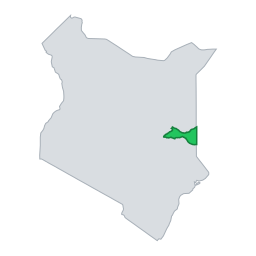 Dadaab, North-Eastern, Kenya (highlighted)
{"feature_id": "3690345B19935861804031", "entity_name": "Dadaab", "entity_type": "district", "adm_level": 2, "iso_a3": "KEN", "parent_name": "Kenya", "parent_adm1": "North-Eastern", "projection": "albers", "projection_center": [40.106, 0.062], "detail": "fine", "context": "in_parent", "style": "filled", "palette": "green", "viewbox_px": 256, "rotation_deg": 0, "n_neighbors": 0, "source": "geoboundaries", "source_scale": "gbopen_adm2", "svg_char_len": 6075}
<svg xmlns="http://www.w3.org/2000/svg" viewBox="0 0 256 256"><path d="M39.8,159.0L39.7,155.2L40.3,145.6L40.3,137.2L40.8,133.0L42.9,130.3L43.9,128.4L44.6,125.7L45.7,123.4L48.2,121.7L48.6,120.7L51.2,117.7L52.8,113.8L54.0,112.5L55.5,111.3L56.5,110.7L58.3,110.0L59.6,109.7L59.8,109.4L60.0,108.7L59.5,106.3L60.1,105.6L61.0,104.0L62.1,102.5L63.0,101.5L63.6,100.6L63.8,98.9L63.9,97.7L63.9,95.7L63.6,91.3L62.5,87.6L61.8,83.4L62.3,82.0L61.5,79.6L61.0,79.4L60.3,78.9L59.4,76.6L58.8,74.5L58.3,74.0L55.4,72.1L54.0,67.8L52.3,66.8L51.4,62.5L51.3,61.3L52.2,57.0L52.1,56.0L51.2,55.1L48.4,54.2L46.1,52.4L46.4,51.8L46.6,51.2L45.4,50.7L42.0,43.4L46.5,39.0L51.0,34.6L56.7,28.9L62.0,23.8L66.6,19.3L70.6,15.4L70.5,16.1L70.5,17.1L71.0,17.8L71.9,18.2L73.0,17.7L74.0,17.1L75.0,17.0L81.1,18.7L82.1,20.1L82.0,21.7L82.3,22.8L81.8,24.0L81.3,27.4L81.4,30.5L83.3,32.9L84.9,34.7L86.2,37.3L87.1,38.1L88.4,38.5L92.6,38.6L98.8,38.8L104.8,39.0L105.3,39.1L106.6,39.4L112.1,42.9L117.1,46.1L121.3,48.9L125.4,51.6L129.4,54.2L132.6,56.4L135.6,57.0L140.6,57.3L144.1,57.5L147.2,58.4L152.0,59.2L155.5,59.7L157.7,60.2L163.6,60.7L164.6,60.4L167.2,58.0L170.1,54.1L171.3,51.9L175.0,49.8L181.7,46.8L186.4,44.7L191.6,42.6L194.0,44.4L197.2,47.3L198.7,48.8L199.9,49.4L201.6,49.9L203.8,49.9L205.0,49.8L207.4,49.4L213.0,49.1L216.3,49.1L213.5,53.0L210.3,57.7L204.3,66.3L199.8,70.8L196.3,74.2L196.0,74.9L196.0,78.7L196.1,88.0L196.2,106.7L196.2,125.3L196.3,144.0L196.4,153.3L196.4,156.4L199.4,160.3L202.4,164.1L206.3,169.2L208.4,171.9L208.8,172.8L208.7,174.6L205.4,178.4L202.8,180.1L199.2,181.0L198.2,180.8L196.8,180.3L196.2,181.2L195.8,182.6L195.0,182.3L194.4,181.9L194.8,184.4L195.2,185.6L194.6,187.3L192.9,188.8L192.7,190.0L189.0,193.3L183.7,193.6L180.9,195.2L179.7,196.6L178.7,199.4L179.0,203.8L177.6,207.2L177.3,208.9L174.5,211.1L173.3,213.2L172.4,215.2L171.6,216.1L170.7,220.7L169.4,223.5L169.1,224.4L168.8,225.3L167.8,226.9L167.1,228.1L166.7,228.8L163.4,235.9L160.9,239.2L158.9,238.8L157.6,240.1L157.4,240.6L156.7,240.3L155.1,239.1L151.7,236.7L148.3,234.3L144.9,231.8L141.5,229.4L138.1,227.0L134.7,224.5L131.3,222.1L127.9,219.7L125.9,218.2L125.0,217.4L124.3,215.7L124.0,215.3L123.0,214.7L122.0,214.6L121.7,214.3L121.7,213.5L122.1,212.3L123.3,210.1L123.5,208.8L123.2,207.3L122.8,204.9L122.5,204.4L120.2,203.1L115.5,200.5L110.8,197.8L106.1,195.2L101.4,192.6L96.6,189.9L91.9,187.3L87.2,184.6L82.5,182.0L77.8,179.4L73.1,176.7L68.4,174.1L63.7,171.4L59.0,168.8L54.3,166.1L49.5,163.5L44.8,160.8L43.1,159.8L41.5,159.0L39.8,159.0ZM196.8,184.9L195.9,185.1L196.4,183.8L198.8,182.2L199.8,182.5L200.0,182.9L199.9,183.2L199.5,183.6L196.8,184.9Z" fill="#d9dde1" stroke="#a8b0b8" stroke-width="1"/><path d="M174.8,138.8L175.1,138.2L175.3,138.0L175.3,137.9L175.6,137.8L175.9,137.7L176.0,137.7L176.3,137.6L176.5,137.6L177.2,137.7L177.4,137.7L177.5,137.7L178.0,137.6L178.5,137.6L179.2,137.6L179.4,137.7L179.7,137.6L179.9,137.6L180.0,137.5L180.4,137.4L180.5,137.4L180.9,137.2L181.4,137.0L182.3,136.5L182.5,136.5L182.8,136.6L183.0,136.9L183.1,137.0L183.3,137.1L183.6,137.2L183.7,137.3L184.1,137.3L184.3,137.4L184.6,137.6L184.8,137.8L185.0,138.0L185.6,138.4L185.8,138.4L186.0,138.4L186.0,138.6L186.1,138.9L186.2,139.1L186.3,139.3L186.8,139.8L186.9,140.0L187.0,140.1L187.2,140.3L187.3,140.5L187.5,140.7L187.5,140.8L187.5,141.0L187.7,141.4L187.9,141.7L188.0,141.8L188.3,142.1L189.0,142.7L189.3,143.0L189.8,143.3L191.0,143.8L191.9,144.2L192.2,144.3L192.4,144.4L192.8,144.5L193.5,144.6L194.3,144.6L194.5,144.7L194.8,144.7L195.0,144.6L195.6,144.5L196.7,144.5L196.7,130.5L196.7,126.9L196.5,127.0L196.4,127.1L196.0,127.3L195.8,127.4L195.7,127.5L195.4,127.6L195.1,127.8L194.8,128.1L194.3,128.5L193.7,128.9L193.4,129.0L193.2,129.0L192.8,129.1L192.6,129.2L191.9,129.3L191.7,129.4L191.4,129.5L191.2,129.7L191.0,130.0L190.9,130.0L190.7,130.0L190.4,130.4L190.3,130.5L190.1,131.0L189.9,131.1L189.8,131.4L189.8,131.5L189.7,131.6L189.4,131.7L189.3,131.9L189.1,132.0L188.9,132.0L188.6,132.0L188.4,132.1L188.2,132.0L187.9,132.2L187.8,132.4L187.7,132.4L187.4,132.4L187.2,132.4L186.9,132.3L186.8,132.2L186.7,132.2L186.4,132.2L186.3,132.3L186.2,132.5L186.0,132.8L185.9,132.9L185.7,132.8L185.4,133.0L185.2,133.1L184.9,133.1L184.7,133.1L184.3,133.0L184.2,133.0L183.9,133.1L183.7,133.1L183.3,133.0L183.3,132.9L183.2,132.9L182.8,132.8L182.7,132.8L182.1,132.8L182.0,132.7L181.9,132.7L181.6,132.4L181.4,132.3L180.9,132.1L180.7,132.0L180.5,131.9L180.2,131.8L179.9,131.6L179.6,131.3L179.4,131.1L179.2,130.9L179.1,130.7L178.7,130.4L178.6,130.2L178.3,130.0L178.2,129.9L177.9,129.8L177.6,129.6L177.3,129.4L176.9,129.1L176.3,128.7L176.0,128.5L175.9,128.4L175.7,128.4L175.3,128.4L175.1,128.4L174.9,128.3L174.6,128.2L174.3,128.1L174.1,128.0L173.9,127.9L173.7,127.8L173.5,127.7L173.1,127.4L172.8,127.1L172.7,127.3L172.5,127.2L172.4,127.2L172.4,127.3L172.3,127.5L172.1,127.7L172.1,127.8L171.8,128.1L171.4,128.4L171.7,128.6L171.8,128.7L171.9,128.8L172.1,129.0L172.3,129.1L172.4,129.3L172.5,129.5L172.5,129.8L172.5,130.1L172.4,130.3L172.1,130.6L172.0,130.8L171.9,130.8L171.7,130.8L171.5,131.0L171.4,131.2L171.2,131.3L170.9,131.4L170.7,131.4L170.6,131.5L170.1,131.8L169.8,131.8L169.7,131.8L169.4,132.1L169.2,132.2L169.1,132.3L168.6,132.9L168.4,133.0L168.2,133.1L167.9,133.2L167.7,133.3L167.4,133.4L167.4,133.5L167.2,133.6L167.2,133.9L167.1,134.0L166.9,134.1L166.7,134.2L166.4,134.2L166.2,134.2L166.1,134.3L165.9,134.3L165.7,134.4L165.7,134.6L165.4,134.7L165.3,134.8L165.2,134.9L165.2,135.1L165.0,135.3L164.9,135.3L164.7,135.4L164.6,135.5L164.4,135.5L164.3,135.8L164.2,136.0L163.9,136.2L163.9,136.4L163.8,136.5L163.7,136.6L163.7,136.8L163.7,137.0L164.1,137.1L165.5,137.1L165.8,137.2L166.2,137.4L166.5,137.7L166.9,137.7L167.0,137.6L167.3,137.6L167.6,137.7L167.9,137.7L168.0,137.7L168.2,137.8L168.3,137.9L169.0,137.7L169.3,137.7L169.5,137.7L169.9,137.6L170.0,137.6L170.3,137.4L170.5,137.4L170.8,137.2L171.1,137.2L171.2,137.3L171.3,137.4L171.5,137.5L171.9,137.8L172.0,137.8L172.3,137.9L172.5,137.9L172.7,138.0L172.9,138.0L173.0,138.1L173.3,138.2L173.6,138.3L173.8,138.4L173.9,138.5L174.0,138.6L174.3,138.6L174.5,138.7L174.8,138.8Z" fill="#22c55e" stroke="#15803d" stroke-width="1.5"/></svg>